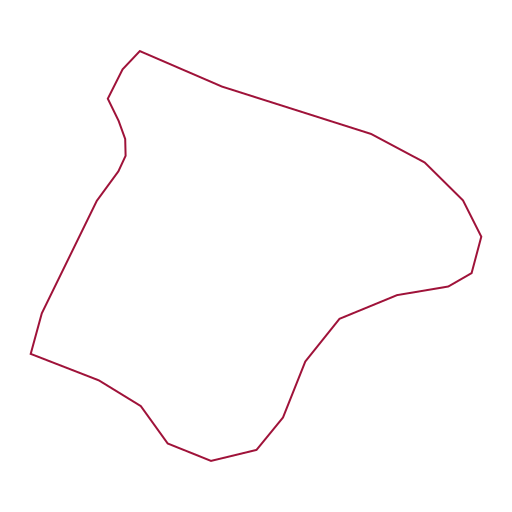 map outline of Hsinchu City (Mercator projection)
{"feature_id": "TWN-1161", "entity_name": "Hsinchu City", "entity_type": "Provincial City", "adm_level": 1, "iso_a3": "TWN", "parent_name": "Taiwan", "parent_adm1": "", "projection": "mercator", "projection_center": [120.949, 24.782], "detail": "fine", "context": "isolated", "style": "outline", "palette": "rose", "viewbox_px": 512, "rotation_deg": 0, "n_neighbors": 0, "source": "natural_earth", "source_scale": "10m", "svg_char_len": 454}
<svg xmlns="http://www.w3.org/2000/svg" viewBox="0 0 512 512"><path d="M30.7,353.9L41.8,313.3L96.8,200.8L118.4,171.3L125.6,155.8L125.2,139.0L118.6,120.8L107.8,98.7L122.6,69.3L139.8,51.1L222.0,86.6L371.2,134.0L424.7,162.5L463.0,200.4L481.3,236.7L471.6,273.1L448.3,286.5L397.1,295.1L339.5,318.8L305.3,361.5L283.0,417.5L258.4,447.6L256.5,449.9L211.0,460.9L167.7,443.5L140.8,406.1L98.9,380.4L30.7,353.9Z" fill="none" stroke="#9f1239" stroke-width="2"/></svg>